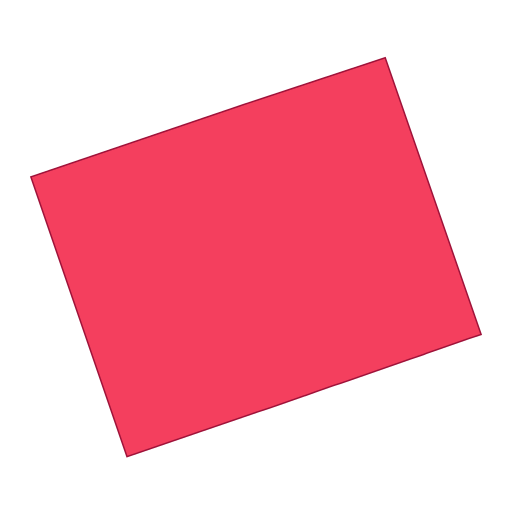 Deuel, South Dakota, United States of America (Natural Earth projection), rotated 71°
{"feature_id": "52423323B13403863294049", "entity_name": "Deuel", "entity_type": "district", "adm_level": 2, "iso_a3": "USA", "parent_name": "United States of America", "parent_adm1": "South Dakota", "projection": "natural_earth1", "projection_center": [-96.521, 44.761], "detail": "fine", "context": "isolated", "style": "filled", "palette": "rose", "viewbox_px": 512, "rotation_deg": 71, "n_neighbors": 0, "source": "geoboundaries", "source_scale": "gbopen_adm2", "svg_char_len": 442}
<svg xmlns="http://www.w3.org/2000/svg" viewBox="0 0 512 512"><g transform="rotate(71 256 256)"><path d="M108.8,218.1L107.9,443.1L403.7,443.3L403.7,442.9L403.8,368.1L403.8,367.6L403.9,305.5L404.1,292.4L403.9,256.0L404.0,254.9L403.8,242.5L403.7,230.1L403.7,228.5L403.7,223.9L403.9,217.2L403.6,144.2L403.7,129.8L403.5,126.4L403.3,81.5L403.5,68.8L403.5,68.7L110.6,69.3L108.8,218.1Z" fill="#f43f5e" stroke="#9f1239" stroke-width="1.5"/></g></svg>